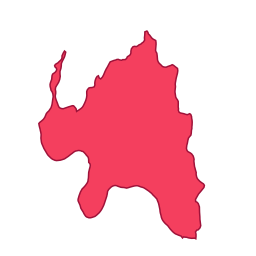 the district of Bujaru, Pará, Brazil, rotated 190°
{"feature_id": "56859067B12305552092310", "entity_name": "Bujaru", "entity_type": "district", "adm_level": 2, "iso_a3": "BRA", "parent_name": "Brazil", "parent_adm1": "Pará", "projection": "equal_earth", "projection_center": [-48.062, -1.65], "detail": "fine", "context": "isolated", "style": "filled", "palette": "rose", "viewbox_px": 256, "rotation_deg": 190, "n_neighbors": 0, "source": "geoboundaries", "source_scale": "gbopen_adm2", "svg_char_len": 4529}
<svg xmlns="http://www.w3.org/2000/svg" viewBox="0 0 256 256"><g transform="rotate(190 128 128)"><path d="M128.1,225.6L127.8,223.8L127.6,221.9L127.5,219.8L126.9,217.4L127.8,215.3L129.2,213.9L130.0,212.8L131.6,211.8L132.9,210.3L134.0,209.6L135.7,209.6L137.2,208.9L138.4,206.6L138.5,204.3L138.2,202.4L138.5,200.6L139.8,199.1L141.0,198.1L141.4,196.5L142.4,195.0L143.9,194.6L145.1,194.4L146.1,193.6L148.1,193.6L149.5,193.9L150.8,193.6L152.1,192.7L153.4,192.2L155.6,190.9L157.0,190.1L157.7,188.2L158.8,184.7L159.7,182.3L160.4,179.9L161.3,175.9L162.1,173.6L163.4,171.6L165.1,172.3L166.2,174.3L167.3,173.5L168.0,172.0L168.4,170.3L168.6,168.4L168.5,166.3L168.1,164.7L168.4,162.7L170.4,161.6L172.3,161.2L173.6,160.5L174.7,158.5L175.0,156.8L174.7,155.1L174.2,153.0L174.1,150.3L174.4,147.8L174.9,145.5L175.5,143.3L176.1,141.5L176.7,140.3L177.7,139.0L179.2,137.5L180.5,136.3L181.5,135.4L182.5,138.0L184.1,139.4L185.4,140.4L186.7,140.3L188.4,139.4L190.2,138.5L191.6,137.7L192.7,137.1L195.2,135.7L196.7,135.6L198.1,135.8L199.3,136.3L200.5,137.8L201.9,140.3L203.5,142.9L204.6,145.0L205.2,146.9L205.2,149.5L205.5,151.3L206.3,153.5L206.3,155.6L205.7,157.3L205.0,159.0L204.2,161.2L203.7,164.0L203.7,167.1L204.3,169.2L204.8,171.9L204.4,175.3L204.5,177.7L204.8,179.8L204.4,181.9L203.3,185.5L202.9,187.0L202.7,188.6L202.5,191.9L203.9,192.8L204.7,190.8L205.5,187.7L205.2,185.6L205.5,184.0L206.5,182.5L207.6,181.1L208.4,179.9L209.4,179.1L210.6,178.0L211.1,176.5L210.1,175.1L208.9,174.5L208.3,173.0L208.7,171.5L209.5,170.1L211.6,168.0L211.9,166.3L211.6,162.7L212.3,158.7L212.3,157.1L211.8,155.2L211.1,153.7L210.3,151.7L209.1,150.6L207.9,148.5L207.1,145.8L207.1,143.3L207.0,140.8L206.9,138.1L207.3,134.7L208.9,131.1L210.1,129.5L210.9,128.1L211.3,126.3L211.8,124.1L212.8,121.9L214.2,120.1L215.8,118.3L216.6,117.0L216.0,115.2L215.2,113.3L214.5,111.9L213.8,110.1L213.1,108.5L212.4,106.4L212.0,102.9L210.8,99.0L210.1,97.6L207.2,93.2L203.0,88.3L201.9,87.2L198.2,84.7L196.8,84.1L194.3,83.5L192.7,83.5L189.2,84.5L187.7,85.2L185.1,86.6L184.0,87.7L181.9,89.7L179.7,92.2L178.7,93.2L177.1,95.0L175.8,96.1L172.8,97.3L170.7,97.4L169.5,97.1L168.0,97.0L165.4,95.1L164.4,94.1L163.2,93.2L162.1,92.2L161.4,90.6L160.7,87.3L159.4,86.3L158.7,85.0L158.6,83.1L158.8,81.3L159.0,77.4L158.5,73.5L158.3,71.8L158.3,70.1L158.2,68.5L158.7,66.7L159.9,64.1L161.5,61.5L162.5,60.2L163.7,56.8L164.4,53.0L164.6,51.1L164.8,49.2L164.5,47.6L161.8,43.6L160.5,40.8L159.4,39.5L158.3,38.3L157.4,37.3L156.5,36.0L155.6,35.0L154.4,33.8L153.3,33.2L151.0,32.8L149.2,33.1L147.7,33.8L145.2,35.2L143.8,36.7L141.6,39.6L140.5,41.7L139.8,43.3L139.2,45.2L138.5,47.7L138.1,50.0L137.1,57.0L137.0,59.6L137.1,62.1L136.4,64.0L135.4,65.5L134.3,67.0L133.2,68.0L132.0,68.7L130.7,69.2L129.0,69.2L127.9,68.9L124.7,68.4L123.3,68.5L121.6,68.7L118.9,68.6L116.9,69.5L115.6,70.2L112.0,71.9L109.9,72.6L108.1,72.8L106.5,72.5L104.9,72.2L103.5,72.1L102.2,71.9L100.6,71.3L97.0,69.7L95.8,69.1L94.7,68.4L93.6,67.9L91.3,66.0L90.1,65.3L88.6,64.1L87.4,63.3L86.2,61.3L85.1,59.6L84.3,57.9L83.3,55.4L82.4,53.1L82.0,51.6L81.4,49.9L80.3,47.6L79.6,45.8L78.7,44.3L77.6,42.9L76.2,41.6L74.7,40.4L72.0,38.8L70.2,37.1L68.7,35.7L66.2,33.8L64.8,32.9L63.4,32.2L62.2,31.8L61.0,31.6L59.9,31.3L57.0,30.8L55.2,29.2L54.5,30.4L52.9,30.4L51.6,30.6L49.0,30.3L46.1,30.4L43.3,31.1L42.0,30.7L42.2,33.1L42.6,35.3L43.5,37.4L42.5,39.4L41.2,39.9L39.8,42.1L39.4,44.4L39.9,46.0L41.3,50.5L41.8,53.0L42.9,57.4L44.0,62.8L44.8,64.2L45.7,65.8L47.1,66.9L48.6,67.3L49.1,69.5L47.1,75.2L45.0,78.8L42.9,82.6L42.8,84.8L44.0,86.1L45.9,86.9L47.9,87.9L49.7,89.2L50.8,90.1L51.9,91.7L52.9,94.3L53.1,96.0L54.2,98.2L55.1,100.2L55.8,101.6L57.4,106.9L57.5,108.7L58.3,110.5L59.0,111.8L60.9,113.6L62.6,114.4L64.8,115.1L66.0,116.1L66.9,118.0L67.1,121.2L66.9,123.2L66.9,126.1L66.7,128.6L65.9,130.1L64.8,131.9L64.8,133.9L65.1,136.6L65.0,138.6L65.3,140.2L65.4,141.9L65.8,144.9L66.3,146.9L67.0,148.7L67.4,150.3L68.5,152.2L69.7,152.8L71.9,151.4L73.7,151.5L75.5,151.8L79.1,151.9L80.5,152.5L81.5,154.1L81.6,155.7L82.2,157.4L82.8,161.2L83.2,163.0L84.2,164.3L85.2,165.3L86.3,166.6L88.0,171.6L88.2,173.3L88.4,176.9L89.1,179.4L89.2,181.1L89.2,183.9L89.2,185.4L88.8,190.6L88.9,193.1L89.6,195.3L91.4,196.2L92.9,197.0L94.1,197.7L95.5,198.0L96.6,197.1L99.7,195.4L101.0,194.5L103.2,194.3L104.8,194.6L106.4,195.8L108.6,197.2L109.8,198.5L110.7,200.0L111.8,204.2L112.6,206.7L113.6,207.8L114.3,209.1L114.5,211.0L114.9,215.3L115.3,217.2L115.9,219.0L118.7,219.9L120.4,220.9L121.4,221.9L122.9,223.3L124.2,224.1L125.0,225.7L126.2,226.8L128.1,225.6Z" fill="#f43f5e" stroke="#9f1239" stroke-width="1.5"/></g></svg>